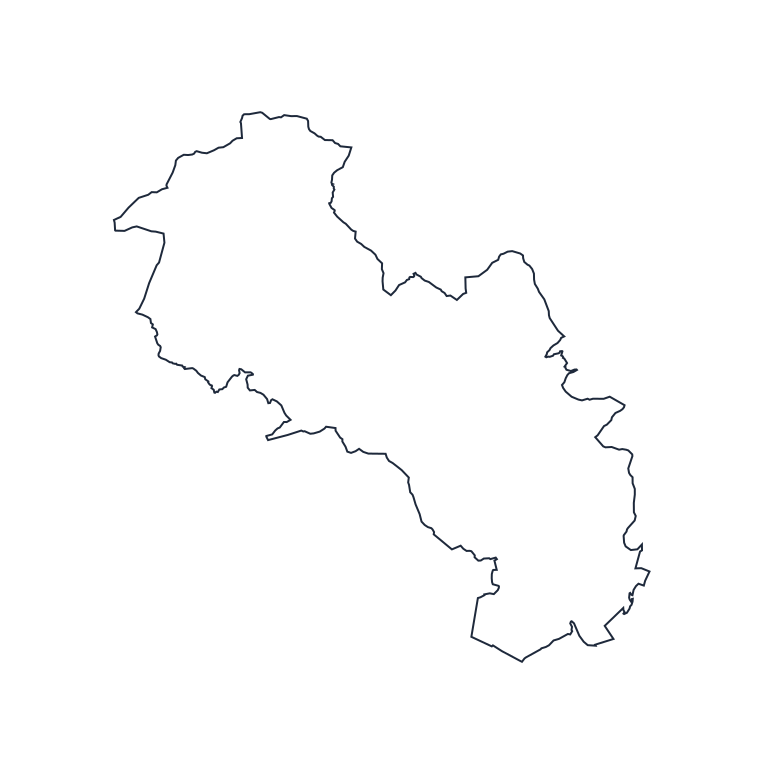 the district of Vetca, Mures, Romania, rotated 191°
{"feature_id": "2599482B39536420897954", "entity_name": "Vetca", "entity_type": "district", "adm_level": 2, "iso_a3": "ROU", "parent_name": "Romania", "parent_adm1": "Mures", "projection": "natural_earth1", "projection_center": [24.823, 46.343], "detail": "fine", "context": "isolated", "style": "outline", "palette": "slate", "viewbox_px": 768, "rotation_deg": 191, "n_neighbors": 0, "source": "geoboundaries", "source_scale": "gbopen_adm2", "svg_char_len": 6151}
<svg xmlns="http://www.w3.org/2000/svg" viewBox="0 0 768 768"><g transform="rotate(191 384 384)"><path d="M595.5,581.0L601.9,576.7L606.8,576.3L612.3,576.8L613.6,575.9L614.4,573.9L616.0,572.7L619.9,571.4L624.3,570.8L629.2,566.7L630.9,563.6L630.6,559.0L631.8,551.2L635.5,538.5L635.4,537.2L634.0,535.3L639.1,532.8L643.6,528.8L648.7,528.0L651.5,524.8L660.3,519.9L668.4,508.4L674.4,497.8L680.4,493.5L679.2,491.0L677.3,483.6L676.9,483.3L667.9,484.8L661.0,489.7L656.8,491.5L641.5,489.5L637.2,490.0L629.1,489.6L626.5,480.8L628.0,460.3L629.8,457.2L633.8,438.2L635.7,422.0L638.6,411.2L641.2,407.2L639.5,406.3L634.4,406.0L628.5,404.5L625.7,403.2L624.4,399.4L622.3,398.4L622.4,395.3L618.7,394.3L616.8,391.6L615.9,389.4L616.2,388.4L617.8,386.9L614.3,380.7L613.1,379.5L611.0,378.6L610.2,377.5L610.1,373.8L611.0,370.9L610.9,369.3L610.2,368.1L607.7,366.9L602.8,366.2L598.5,364.5L596.2,364.7L595.4,364.0L592.8,363.9L591.8,364.3L590.8,363.4L585.6,363.6L584.9,362.6L582.8,362.5L583.2,361.3L582.4,360.7L575.3,363.0L574.1,362.8L570.8,361.2L568.7,359.3L565.3,357.4L561.3,356.6L560.3,354.5L556.9,353.0L557.0,352.1L555.5,350.6L554.2,349.8L552.9,349.8L552.4,349.2L552.6,347.0L550.1,345.9L548.9,343.2L548.2,343.1L547.0,344.5L545.6,344.4L544.6,347.2L541.7,348.1L540.5,350.0L538.4,351.2L537.9,355.8L534.6,362.3L533.4,363.7L532.6,364.2L529.5,364.0L528.4,365.2L527.8,367.1L528.9,369.9L528.7,371.2L526.9,371.2L522.6,368.9L517.3,370.0L516.3,369.7L514.5,368.6L514.5,368.1L519.2,366.2L520.2,362.4L517.8,357.4L517.1,354.4L514.4,352.1L509.8,353.5L507.1,351.9L503.6,351.7L500.3,350.5L495.9,346.9L493.9,343.1L492.3,343.6L491.7,346.6L490.6,347.7L485.9,346.5L480.7,343.4L476.2,336.7L474.0,334.4L468.9,331.0L472.2,328.1L475.0,327.6L478.0,321.4L480.0,320.1L481.9,317.6L484.1,313.2L489.6,310.5L489.5,309.9L487.1,306.8L468.8,315.6L456.3,322.5L454.2,322.0L452.9,322.5L446.9,321.1L443.6,322.1L438.0,325.0L434.0,328.8L432.7,331.0L423.2,331.5L422.6,328.9L416.8,323.0L414.3,321.9L413.9,319.6L409.8,315.1L407.1,310.6L403.2,310.1L399.1,312.6L396.1,315.6L391.4,313.4L386.1,312.7L369.1,315.8L367.2,312.3L364.4,309.4L360.5,308.1L350.3,302.9L341.8,296.9L341.5,292.0L340.2,289.8L337.6,282.7L334.9,280.8L333.5,278.6L330.0,271.8L324.2,263.1L320.9,256.1L317.2,253.4L313.6,251.9L310.0,251.5L308.6,250.5L306.6,248.2L306.5,245.9L285.8,234.6L277.9,239.9L274.7,237.4L271.1,235.9L268.0,236.6L266.3,236.5L262.2,233.1L262.0,231.2L257.7,228.6L255.3,229.2L252.7,231.7L247.5,233.0L246.2,232.4L241.2,234.9L239.8,233.6L241.9,231.7L237.9,223.1L241.3,222.3L241.7,221.1L241.9,218.0L241.2,213.9L240.1,210.1L239.0,208.2L233.0,207.7L232.5,207.1L232.4,205.7L233.0,203.3L236.1,198.7L240.2,198.7L245.4,196.6L245.1,195.9L248.7,193.0L251.0,191.8L250.0,152.5L228.1,147.0L227.2,148.2L217.1,144.2L195.6,137.6L193.7,141.4L192.5,142.7L179.7,153.4L179.0,154.6L175.0,156.7L172.2,159.0L168.6,164.6L163.6,167.2L155.8,173.7L153.4,173.7L152.1,177.3L153.0,178.3L153.1,181.5L155.5,184.5L155.2,186.4L154.5,186.9L151.8,185.3L144.2,174.1L138.8,169.1L134.2,166.5L126.3,167.5L127.0,168.4L110.1,177.5L121.2,188.7L106.4,209.8L105.8,207.7L104.4,206.1L105.1,204.3L104.4,204.0L101.9,205.8L100.1,210.4L100.0,212.7L98.9,214.4L98.5,217.8L98.8,220.6L99.6,220.2L99.2,217.7L99.8,217.4L101.7,219.3L102.6,221.0L103.0,225.4L102.5,225.9L100.9,224.3L99.8,224.1L99.7,229.5L98.1,233.7L96.1,236.5L90.5,235.7L90.1,240.7L87.6,250.6L96.3,252.3L102.0,251.0L100.7,268.4L99.0,269.9L100.2,275.7L103.7,270.1L110.0,268.1L115.8,270.7L118.0,274.0L119.8,280.6L119.7,281.5L117.8,285.4L117.7,287.6L117.1,289.1L111.9,297.8L111.7,302.5L114.2,305.7L116.1,315.0L116.7,323.3L117.8,328.9L121.0,334.0L122.2,339.9L124.9,341.7L126.5,343.5L128.1,347.7L126.4,360.6L126.9,362.3L131.5,365.4L133.7,365.7L137.7,365.6L140.7,364.4L148.5,365.6L154.5,364.1L156.9,364.6L166.5,372.1L164.5,374.4L160.0,384.7L157.5,386.6L154.0,391.9L153.9,394.8L151.3,399.7L147.1,402.7L145.1,404.8L144.0,406.9L143.8,409.1L160.0,414.6L165.5,411.4L176.1,409.4L179.2,407.8L181.3,408.4L186.5,405.7L190.2,405.8L197.4,407.3L204.2,411.2L207.4,414.3L209.1,417.0L207.3,420.1L206.7,424.4L205.7,427.8L204.4,429.9L200.4,431.9L197.3,434.6L197.8,435.0L199.8,434.5L203.0,432.4L207.6,432.8L209.1,434.6L209.1,435.3L210.1,435.5L208.3,439.5L211.7,443.2L213.3,443.8L213.1,444.4L214.0,445.4L215.5,445.8L215.1,450.1L215.5,450.3L217.4,449.7L217.6,448.3L218.6,447.4L222.9,445.6L223.5,444.0L226.5,442.3L228.1,442.2L229.8,441.2L230.8,441.6L229.9,444.3L229.9,446.2L228.0,448.9L227.4,451.0L225.0,454.2L221.5,457.3L219.5,460.7L218.9,463.1L216.2,465.1L223.4,469.5L233.9,480.3L235.2,483.0L236.2,487.0L242.8,497.7L249.4,504.0L251.2,506.9L255.0,511.0L256.6,515.1L257.9,521.0L260.5,525.1L263.9,528.0L265.9,528.5L269.6,530.6L271.4,534.0L272.1,536.7L275.2,538.1L283.5,538.9L287.9,537.5L291.5,534.7L294.1,533.5L295.3,531.0L295.6,527.7L300.9,523.6L304.5,515.8L311.9,507.8L324.5,504.2L322.1,493.3L320.7,489.2L323.5,487.5L328.5,480.4L335.7,483.5L339.3,482.3L341.9,484.9L345.1,486.1L346.3,487.5L351.1,488.7L359.4,492.7L363.8,493.3L367.3,495.1L368.3,496.3L373.0,497.7L374.3,499.1L376.0,497.8L374.9,496.0L375.1,495.2L375.8,494.5L378.8,494.1L379.4,493.4L379.3,491.7L381.4,490.5L382.7,487.8L388.1,484.0L390.6,477.9L394.2,472.5L402.7,476.6L405.0,484.5L405.6,488.1L405.6,492.7L408.0,496.3L408.9,502.1L414.3,505.5L417.1,509.3L422.2,512.5L429.5,514.8L433.1,517.1L437.5,518.6L440.2,521.2L440.9,528.2L443.4,528.4L445.6,529.3L452.1,534.0L454.7,535.0L461.8,539.3L465.8,542.7L465.4,544.6L465.7,545.3L469.1,546.8L472.2,550.6L472.3,551.0L470.9,551.6L470.3,553.3L470.6,556.4L469.7,558.0L470.9,562.2L469.8,565.4L470.6,566.2L470.9,568.1L473.0,569.5L473.2,570.1L472.6,570.5L473.4,570.7L474.1,571.8L474.0,574.5L474.6,578.9L473.3,581.9L470.7,585.0L465.8,589.0L465.0,594.6L462.2,601.4L461.2,610.0L472.2,609.0L474.9,610.9L478.0,611.2L481.0,613.5L488.6,612.2L493.3,614.6L495.4,614.4L497.0,615.0L500.0,616.8L504.6,618.3L506.3,619.9L507.4,622.1L508.7,627.7L510.4,629.7L520.5,630.4L526.5,629.2L533.3,628.9L536.0,626.1L538.0,626.0L545.7,622.4L546.7,622.4L555.3,627.0L557.3,627.2L567.6,623.2L572.8,622.1L574.0,620.4L574.1,617.9L575.0,613.8L574.2,612.8L570.3,598.4L575.5,597.1L579.1,593.9L581.0,590.9L586.9,585.8L591.5,584.4L595.5,581.0Z" fill="none" stroke="#1e293b" stroke-width="2"/></g></svg>